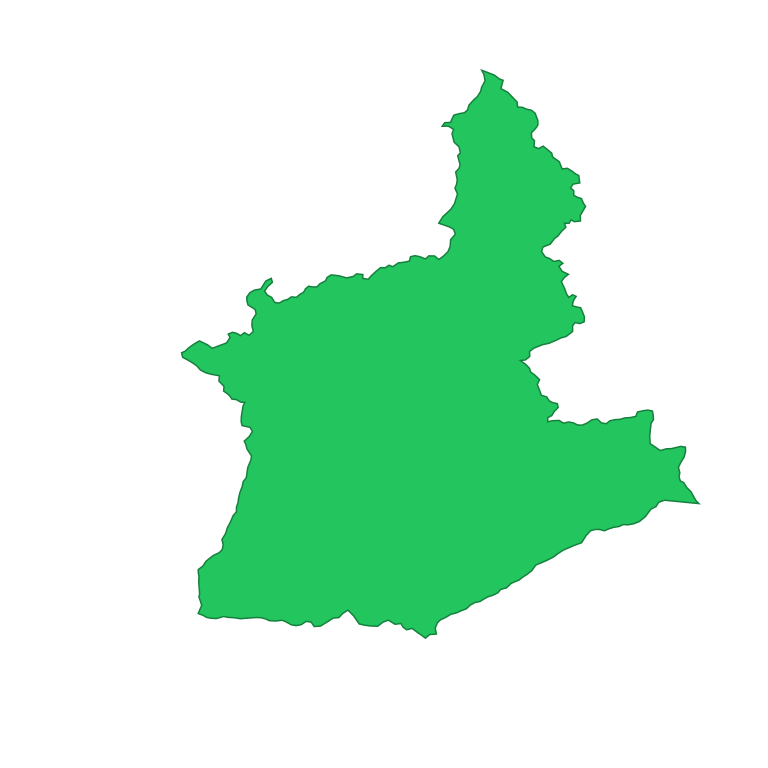 São José dos Pinhais, Paraná, Brazil (Natural Earth projection), rotated 247°
{"feature_id": "56859067B24431474585415", "entity_name": "São José dos Pinhais", "entity_type": "district", "adm_level": 2, "iso_a3": "BRA", "parent_name": "Brazil", "parent_adm1": "Paraná", "projection": "natural_earth1", "projection_center": [-49.071, -25.647], "detail": "fine", "context": "isolated", "style": "filled", "palette": "green", "viewbox_px": 768, "rotation_deg": 247, "n_neighbors": 0, "source": "geoboundaries", "source_scale": "gbopen_adm2", "svg_char_len": 5259}
<svg xmlns="http://www.w3.org/2000/svg" viewBox="0 0 768 768"><g transform="rotate(247 384 384)"><path d="M133.4,334.5L139.4,335.8L143.4,340.0L144.9,344.0L145.0,349.5L145.9,355.4L145.0,361.2L145.1,366.5L144.9,372.0L146.8,377.0L147.3,382.5L146.3,387.3L147.0,391.9L147.5,396.7L147.0,401.5L147.3,407.3L149.3,411.1L148.5,417.2L150.8,423.2L150.8,432.0L152.1,436.3L152.9,441.5L154.4,447.0L158.0,453.0L158.0,464.5L158.5,472.1L160.0,478.3L161.0,483.8L161.1,490.0L161.1,495.6L160.7,503.9L165.5,510.8L168.3,517.0L167.5,521.8L165.7,525.9L162.8,529.4L162.8,534.0L162.4,539.1L161.0,544.6L161.1,549.4L159.0,553.6L157.8,559.3L157.6,565.3L159.9,573.0L164.5,580.8L164.9,586.5L167.8,590.7L167.4,596.8L150.9,627.1L154.7,625.6L159.1,625.1L164.9,624.5L169.9,622.4L176.2,621.3L179.0,618.9L183.0,619.2L186.7,621.6L192.3,622.5L195.9,626.7L199.5,631.7L203.8,635.1L208.1,636.8L210.6,632.8L212.2,623.3L214.0,618.7L214.8,612.3L221.1,608.3L225.1,605.7L232.1,608.2L238.4,611.6L243.7,614.7L245.8,618.1L250.2,619.6L254.2,620.5L256.8,616.9L258.0,612.8L259.2,606.5L255.8,603.1L256.8,597.9L258.8,592.0L259.2,587.6L260.7,583.4L261.9,577.7L260.6,573.1L263.2,569.0L268.5,566.6L269.8,561.4L268.7,555.6L268.7,550.3L270.7,546.1L274.2,543.2L277.0,538.9L277.7,534.0L282.1,530.9L284.3,524.9L285.4,519.9L289.1,521.7L289.3,526.0L292.2,530.0L294.3,535.1L298.2,535.9L300.8,532.2L303.8,529.6L308.7,528.6L312.0,524.5L316.9,524.7L323.7,524.9L327.2,528.9L332.9,526.5L337.9,523.6L341.4,524.1L346.7,522.1L352.3,518.7L350.9,523.6L352.4,528.9L357.1,530.7L358.4,535.8L358.3,545.0L357.0,551.8L357.0,559.2L357.3,564.5L356.6,570.2L358.6,578.1L363.8,580.3L365.9,583.8L363.1,587.9L363.0,592.5L367.4,594.7L372.7,594.9L377.4,594.8L379.5,591.6L382.5,587.9L386.7,590.9L389.6,595.1L392.5,592.4L391.5,587.9L395.7,587.2L401.0,587.6L408.9,587.2L411.5,591.4L412.9,596.6L418.1,592.0L424.0,591.0L425.2,595.8L429.4,593.5L430.4,588.3L434.9,585.4L437.9,582.1L444.3,580.8L448.0,583.8L447.8,591.7L451.3,597.8L452.2,601.7L455.4,607.6L457.2,612.6L461.4,613.0L459.6,617.2L462.0,620.3L459.0,622.7L457.3,628.5L462.5,630.6L468.7,638.9L472.5,638.2L477.5,638.2L480.5,634.8L483.5,632.4L487.8,634.2L491.6,632.4L494.1,636.2L492.6,642.8L499.8,644.7L502.6,642.4L506.4,640.3L510.9,637.1L512.4,632.0L520.1,632.2L527.2,627.9L531.0,628.6L535.2,626.4L540.8,623.4L540.3,618.2L543.8,614.8L549.3,617.6L552.8,616.1L557.6,617.8L560.1,623.6L562.3,626.9L566.5,628.6L574.2,628.9L578.4,626.7L581.2,622.7L584.7,619.4L586.7,615.2L591.5,616.7L604.2,611.9L610.2,607.0L617.0,612.3L619.9,609.2L625.1,606.4L634.6,596.6L629.7,596.9L623.6,595.5L618.8,589.6L615.7,587.4L612.1,582.3L610.6,577.9L607.6,571.3L603.6,568.0L602.3,564.0L603.4,559.2L604.2,553.4L601.6,550.3L598.8,547.5L600.8,542.0L598.5,538.3L596.3,543.9L591.2,547.6L587.8,544.4L579.2,543.0L573.0,545.7L566.9,544.6L565.3,541.0L555.9,539.7L553.1,537.1L551.1,532.8L543.6,531.3L539.8,529.1L536.4,525.8L530.2,525.9L522.3,519.2L518.7,513.7L515.0,503.5L510.6,497.2L503.1,505.5L499.4,508.4L494.1,508.3L490.8,501.7L484.9,498.7L480.9,494.7L478.3,488.1L477.2,483.1L482.1,480.6L484.4,475.3L482.9,471.1L487.2,466.7L490.0,462.7L490.8,458.1L487.2,455.4L488.2,450.3L489.9,444.4L488.5,438.0L491.4,434.9L490.5,430.5L492.5,426.3L490.7,420.4L488.8,415.0L486.6,410.4L489.5,405.7L493.0,407.3L496.1,401.8L495.0,397.8L496.3,391.0L501.1,385.0L505.1,378.0L504.3,373.2L501.8,370.5L501.3,364.2L499.6,360.3L501.1,356.4L503.5,352.8L502.2,348.8L499.8,345.7L499.4,341.6L498.0,337.3L500.4,332.7L499.5,328.4L500.1,323.6L499.4,319.2L501.8,315.3L507.7,314.4L511.5,311.3L516.2,310.4L519.1,315.0L521.2,321.0L525.3,321.5L525.0,315.5L519.6,307.7L521.1,301.4L520.5,296.3L517.6,291.6L513.8,290.2L509.9,289.7L506.8,291.9L502.9,294.5L498.5,293.7L494.4,287.7L489.1,285.1L483.5,284.3L481.5,278.8L485.8,275.6L484.6,270.8L488.3,268.1L490.8,264.7L490.8,260.1L487.0,260.5L483.3,255.1L483.6,248.7L484.0,239.8L489.1,236.8L495.8,230.9L495.0,224.6L493.6,218.4L491.9,213.8L491.8,209.8L487.2,209.1L482.3,213.1L478.6,215.8L473.8,218.8L468.5,220.5L463.7,224.6L460.4,228.8L455.9,235.7L451.2,233.2L444.3,235.8L440.1,233.6L436.7,235.8L433.3,237.4L429.5,238.1L427.5,241.8L423.2,245.1L421.5,248.7L419.0,245.8L413.9,242.5L409.5,239.8L405.1,237.8L401.2,237.1L396.4,243.8L391.7,244.3L388.2,239.2L386.0,233.0L382.5,233.2L377.9,232.5L373.5,233.2L369.6,233.9L366.4,232.1L360.3,225.9L351.5,220.6L349.3,216.4L344.9,213.3L340.1,208.7L335.8,205.6L332.0,203.4L328.3,200.1L323.9,198.1L321.8,193.7L318.1,189.9L315.6,187.1L312.9,183.7L308.3,179.8L304.1,174.0L298.9,173.2L294.7,170.3L293.1,166.3L292.9,160.3L291.7,155.3L290.3,150.7L287.2,146.2L285.8,140.5L282.4,139.2L279.1,138.5L274.9,136.4L269.2,134.4L263.1,132.4L260.2,130.4L256.5,130.2L251.5,129.7L245.3,123.3L242.2,126.6L238.3,129.7L235.9,133.4L233.5,138.3L232.7,145.4L230.1,149.3L227.2,155.1L224.0,160.2L222.2,165.7L220.7,170.1L219.0,175.0L216.9,179.5L214.3,182.9L210.8,186.2L207.9,192.3L206.4,197.8L203.8,200.5L198.7,204.5L195.9,208.7L194.8,213.8L195.9,219.5L193.3,223.9L188.0,225.0L186.0,231.0L187.3,239.8L188.4,245.8L186.6,251.1L188.9,256.4L189.9,262.5L182.7,265.4L172.8,267.4L169.5,272.0L166.5,277.1L163.5,283.6L165.2,290.1L164.9,295.7L158.5,300.3L156.9,306.0L152.4,306.7L148.9,308.8L148.0,314.3L144.9,316.2L141.4,318.2L138.5,320.2L133.9,322.8L135.5,328.1L133.4,334.5Z" fill="#22c55e" stroke="#15803d" stroke-width="1.5"/></g></svg>